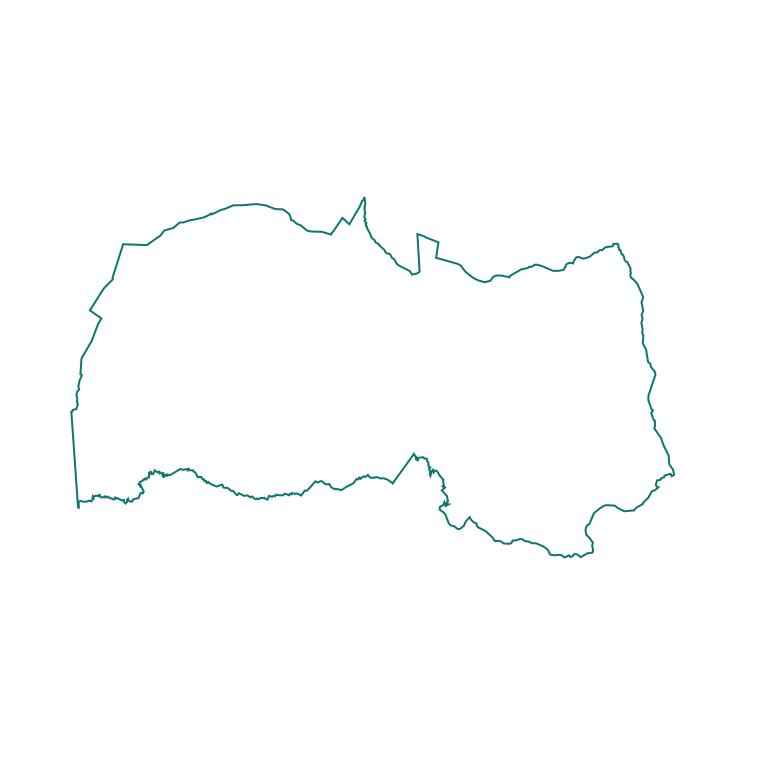 Sacaseni, Satu Mare, Romania (Equal Earth projection), rotated 283°
{"feature_id": "2599482B48586457316120", "entity_name": "Sacaseni", "entity_type": "district", "adm_level": 2, "iso_a3": "ROU", "parent_name": "Romania", "parent_adm1": "Satu Mare", "projection": "equal_earth", "projection_center": [22.68, 47.446], "detail": "fine", "context": "isolated", "style": "outline", "palette": "teal", "viewbox_px": 768, "rotation_deg": 283, "n_neighbors": 0, "source": "geoboundaries", "source_scale": "gbopen_adm2", "svg_char_len": 6141}
<svg xmlns="http://www.w3.org/2000/svg" viewBox="0 0 768 768"><g transform="rotate(283 384 384)"><path d="M562.8,563.9L560.2,562.1L559.3,559.5L554.3,555.8L551.2,550.8L551.0,548.3L551.6,545.5L550.8,543.0L546.3,541.2L544.1,541.1L543.7,537.2L541.8,534.9L535.8,533.5L533.6,528.8L532.3,523.1L534.5,510.9L534.6,505.4L533.8,503.7L531.6,501.8L530.7,498.8L529.3,498.1L526.6,492.0L517.8,482.5L516.3,482.3L515.9,472.7L514.6,468.1L512.3,465.9L508.6,464.5L505.9,459.5L506.1,453.0L507.3,447.4L511.6,438.3L516.7,432.0L517.6,428.9L518.7,406.4L534.3,405.2L536.2,391.9L537.0,389.7L537.6,382.8L501.5,393.4L499.3,391.6L496.9,386.8L499.9,383.6L502.6,372.4L504.0,369.3L507.6,366.3L508.9,363.2L511.6,361.0L512.2,359.8L511.8,357.6L513.0,355.5L514.9,354.1L517.9,348.4L518.9,347.8L520.1,343.9L522.0,342.6L523.7,338.9L526.4,337.4L532.3,332.2L533.7,331.8L534.1,330.7L536.5,330.7L536.4,329.9L537.7,329.6L538.4,328.4L540.5,329.0L542.1,327.3L547.2,327.0L549.6,325.6L551.3,325.8L551.9,325.2L555.1,325.4L561.9,322.9L558.6,322.6L557.8,321.5L551.4,320.5L531.8,314.3L536.5,306.1L520.6,300.0L519.6,299.0L517.7,298.8L518.3,289.4L516.1,278.0L516.2,274.5L519.7,267.6L520.5,262.9L522.8,258.8L522.9,256.5L526.3,255.0L528.5,253.0L531.4,246.3L530.0,238.6L531.4,228.5L530.6,219.0L526.3,205.8L524.2,196.9L519.2,190.2L517.0,186.1L510.6,178.1L511.3,177.5L507.5,173.4L505.0,169.5L499.2,156.9L496.3,152.3L495.4,148.6L488.5,143.5L484.2,135.4L478.5,132.9L466.0,121.7L461.5,98.4L426.3,95.6L425.1,96.3L413.9,89.4L389.6,80.9L384.3,93.9L378.1,91.9L360.0,89.5L341.0,83.5L325.1,86.0L325.0,87.3L323.8,87.6L318.9,86.6L312.9,86.7L310.1,88.2L307.8,86.9L304.1,86.7L300.8,88.4L296.8,89.0L295.6,90.4L290.2,89.7L289.0,87.0L288.2,86.3L287.1,86.5L286.6,85.6L194.8,113.7L194.8,114.5L200.8,112.9L201.9,115.0L201.6,117.2L202.5,120.9L203.9,122.6L203.8,125.3L205.0,125.3L206.7,126.8L207.7,125.6L209.2,125.6L208.3,126.6L209.9,127.5L210.6,130.0L211.8,131.3L211.8,132.2L210.4,131.9L209.8,134.5L210.6,135.5L210.5,136.6L211.4,137.0L211.0,137.6L211.7,137.9L211.1,139.4L212.2,140.4L211.0,142.5L211.3,144.2L210.6,146.4L211.9,148.4L212.8,147.7L212.9,149.7L211.6,154.6L212.4,156.7L210.9,156.8L209.4,159.0L211.3,160.1L213.5,159.8L214.7,160.4L213.2,161.2L212.2,163.4L212.8,164.1L212.8,165.2L215.4,165.7L217.5,170.4L223.0,171.4L223.5,172.1L223.1,173.5L225.1,174.1L229.0,171.0L228.9,170.2L230.9,169.7L230.3,168.9L231.1,168.5L231.1,167.4L233.5,168.1L235.5,170.7L236.7,170.9L237.0,172.0L238.1,172.5L237.5,173.7L239.6,174.5L240.1,176.1L244.4,174.9L246.1,176.2L245.8,177.0L243.9,177.4L244.5,178.4L244.3,179.3L248.3,180.1L247.0,182.9L247.9,184.6L246.4,185.3L247.4,186.0L246.7,187.3L247.4,188.9L244.8,188.8L243.8,190.3L244.4,190.8L246.1,190.3L245.8,191.6L246.4,192.1L245.8,193.0L247.0,193.2L246.5,194.2L247.1,194.8L247.1,196.1L255.4,204.7L255.1,207.2L257.1,211.8L256.0,212.1L257.2,212.9L256.1,213.7L257.0,217.4L256.1,217.9L255.3,220.1L251.2,223.6L252.2,225.3L251.8,225.9L252.3,227.0L250.8,228.1L250.6,230.0L249.3,230.3L249.5,232.3L247.7,233.3L248.0,234.3L249.0,234.8L247.7,236.9L246.4,244.0L249.5,248.6L249.3,249.5L247.9,250.0L246.9,251.3L247.6,255.0L245.6,258.9L245.9,261.0L242.6,265.4L243.0,266.3L244.9,267.0L243.5,273.1L244.6,275.3L244.5,277.1L243.6,278.8L244.7,280.9L243.3,283.0L243.0,285.2L243.9,286.0L243.6,287.7L245.5,290.0L245.5,291.8L246.2,292.8L245.4,294.4L245.2,296.5L249.2,297.2L248.9,300.3L250.4,301.9L250.1,303.1L252.0,303.7L251.8,305.3L252.7,310.4L254.9,312.2L254.2,316.6L255.7,316.9L255.8,318.7L257.0,318.8L256.9,321.9L257.7,323.3L257.2,327.2L256.6,327.9L256.9,328.5L262.2,330.7L262.8,332.9L263.8,333.7L273.7,339.0L273.0,341.5L275.0,343.8L275.2,345.5L273.2,349.4L273.6,351.9L274.3,353.0L271.7,355.6L270.6,358.4L271.2,364.2L270.9,366.3L275.3,370.4L279.7,375.8L282.0,377.4L285.0,378.3L285.3,380.6L287.1,380.7L287.4,381.5L286.5,382.6L289.4,384.7L289.2,386.9L291.8,388.7L289.8,391.4L289.7,393.0L291.7,398.4L291.1,402.0L292.0,404.3L291.8,408.2L290.0,413.4L289.0,414.8L322.6,428.9L320.8,430.4L320.3,431.8L317.0,432.1L318.6,432.5L317.5,432.9L317.2,434.1L319.6,434.0L320.2,435.1L321.5,438.9L320.6,439.7L320.7,442.6L318.9,443.0L317.5,444.9L313.7,445.9L313.7,446.9L312.8,448.0L311.1,446.9L309.2,448.9L306.7,448.7L305.0,449.9L309.7,450.0L311.4,451.0L309.0,452.3L311.0,453.1L311.1,454.7L310.3,456.1L307.3,458.9L303.9,463.5L302.4,463.4L299.0,465.1L297.5,464.1L297.2,464.7L298.0,465.4L296.8,466.9L293.4,464.2L289.1,470.5L283.8,472.8L281.6,471.2L281.0,472.2L281.2,473.9L279.0,471.5L282.5,469.4L279.2,468.9L276.9,466.1L274.1,466.5L272.2,471.0L270.3,473.4L262.6,478.6L261.2,480.7L261.2,484.5L259.3,488.2L259.8,490.5L263.6,493.6L268.7,494.7L273.5,497.4L271.2,499.5L269.3,502.8L268.9,505.6L267.1,506.1L265.5,507.9L263.7,515.7L259.1,523.9L256.0,527.2L257.0,531.8L256.7,534.1L255.5,536.5L256.6,542.4L257.9,544.0L260.4,544.5L261.3,547.8L263.8,551.6L263.6,554.6L262.6,556.5L263.1,561.1L262.1,563.7L263.0,568.0L261.7,575.3L260.1,579.6L258.4,581.9L255.2,584.1L255.5,589.4L256.6,591.8L257.2,595.2L255.6,598.8L258.7,603.1L257.2,604.6L258.9,606.6L261.1,607.7L261.5,610.3L259.6,614.7L264.7,620.2L266.7,625.1L268.7,625.3L273.7,623.1L276.3,623.3L280.0,619.2L282.6,615.0L286.8,613.2L290.0,613.2L292.5,614.1L293.7,615.6L305.4,617.6L311.4,622.3L314.7,625.6L316.0,627.9L317.4,636.3L315.9,639.2L314.0,646.6L317.1,656.1L320.4,657.8L325.0,662.9L326.9,663.4L332.6,667.1L339.6,669.1L341.6,672.0L345.2,674.6L345.4,672.8L346.8,671.5L351.4,671.7L353.0,675.1L354.7,675.4L356.1,677.9L357.7,677.9L358.4,678.8L360.9,683.4L358.9,685.2L360.8,687.1L366.2,684.5L367.0,683.0L370.2,679.9L378.2,677.5L387.0,670.3L394.1,665.7L401.7,657.2L403.5,657.6L409.2,656.2L409.5,654.9L415.9,650.8L418.7,652.0L420.0,650.0L427.8,645.2L432.4,644.3L454.1,646.4L456.8,645.2L460.7,640.3L463.4,639.1L465.1,636.2L476.4,631.7L482.1,626.9L489.8,625.8L491.2,624.3L495.6,623.6L501.3,621.1L506.5,621.1L509.1,619.5L513.9,620.0L521.2,616.6L527.0,617.0L538.4,608.5L541.7,604.0L543.2,600.7L545.6,599.4L547.7,599.6L549.8,598.5L551.7,598.4L557.6,593.6L557.6,592.2L559.3,590.3L562.0,589.2L563.8,587.6L564.0,586.3L567.5,584.3L567.6,582.9L569.2,582.7L570.3,581.3L572.2,581.2L573.2,580.1L572.1,576.0L569.7,576.0L567.0,568.9L563.6,566.5L562.8,563.9Z" fill="none" stroke="#0f766e" stroke-width="2"/></g></svg>